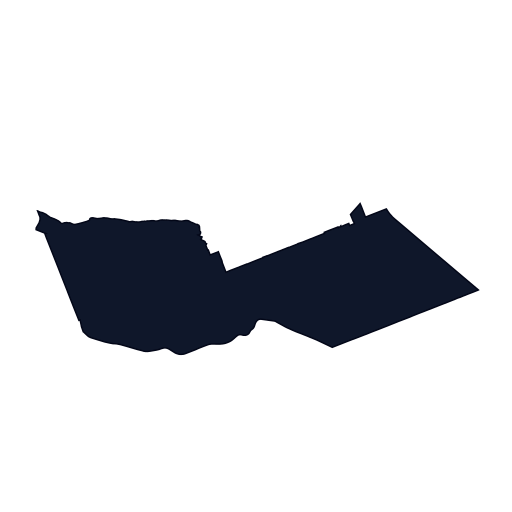 Marion, South Australia, Australia, rotated 72°
{"feature_id": "25037944B19747941889194", "entity_name": "Marion", "entity_type": "district", "adm_level": 2, "iso_a3": "AUS", "parent_name": "Australia", "parent_adm1": "South Australia", "projection": "albers", "projection_center": [138.529, -35.026], "detail": "fine", "context": "isolated", "style": "filled", "palette": "ink", "viewbox_px": 512, "rotation_deg": 72, "n_neighbors": 0, "source": "geoboundaries", "source_scale": "gbopen_adm2", "svg_char_len": 5997}
<svg xmlns="http://www.w3.org/2000/svg" viewBox="0 0 512 512"><g transform="rotate(72 256 256)"><path d="M209.2,300.8L208.7,301.2L208.4,301.6L208.3,301.8L207.9,302.0L207.7,302.2L207.5,303.0L207.3,303.4L206.3,304.4L204.9,305.9L204.0,307.0L203.6,307.6L202.7,308.3L202.1,308.8L201.4,309.7L201.1,310.2L200.5,311.9L199.9,316.0L199.5,316.9L199.1,318.0L198.1,320.1L197.2,321.7L196.8,322.9L196.6,323.5L196.5,324.0L196.4,324.3L196.3,324.9L196.3,325.2L196.1,325.6L195.8,326.3L195.4,327.1L194.6,328.8L194.4,329.5L194.0,330.2L193.9,331.0L193.5,331.9L193.1,333.2L192.7,334.0L192.3,335.9L192.3,337.9L192.1,339.5L191.8,340.5L191.5,341.2L191.0,342.0L190.6,342.9L190.1,344.6L189.7,346.5L189.0,348.8L189.0,350.2L188.9,350.5L188.5,351.1L188.4,351.4L188.4,352.1L187.9,353.6L187.8,354.6L187.8,355.3L187.6,356.4L187.2,357.8L186.7,358.9L186.6,359.2L186.7,359.6L186.3,360.1L186.1,360.7L185.7,361.3L185.3,362.1L185.0,362.6L184.8,363.0L184.5,365.2L184.3,365.9L183.9,366.8L183.6,366.8L182.5,368.6L182.1,369.4L181.6,370.1L181.2,370.8L180.7,371.6L179.7,373.3L179.3,374.1L178.9,374.9L178.5,375.8L177.6,377.7L177.2,378.6L176.8,379.3L176.7,380.2L176.4,381.0L176.1,381.9L175.7,382.8L174.6,384.6L174.1,385.5L173.7,386.3L173.4,387.2L172.7,388.8L172.5,389.6L172.4,390.5L172.3,391.5L172.1,392.3L172.0,392.9L171.8,393.7L171.6,394.6L171.4,395.4L171.0,396.2L170.6,396.9L170.2,397.7L169.7,398.5L169.3,399.3L169.0,400.2L168.9,401.1L168.9,401.7L169.0,401.9L169.1,402.2L169.4,402.6L169.8,402.8L170.2,403.0L170.5,403.6L170.7,404.4L170.7,405.2L170.8,406.0L170.8,407.0L170.7,409.2L170.7,410.3L170.6,412.3L170.5,413.2L170.5,414.3L170.4,415.3L170.1,418.2L169.9,418.8L169.7,419.6L169.3,420.0L168.8,420.7L167.6,422.0L167.1,422.5L166.8,423.1L166.6,424.0L166.2,424.8L165.7,425.6L165.5,426.5L165.4,427.2L165.2,427.9L165.2,428.6L165.3,429.2L165.3,429.7L165.1,430.4L164.8,431.0L164.4,431.5L163.9,431.7L163.3,431.9L162.7,432.3L162.1,432.7L161.4,433.2L160.8,433.9L160.2,434.4L159.0,435.7L158.4,436.3L157.9,437.0L156.9,438.2L156.4,438.8L156.0,439.5L155.4,440.0L155.0,440.4L154.6,440.6L154.1,440.9L153.5,441.5L152.9,441.9L152.1,442.4L151.4,442.9L150.1,444.3L149.4,445.0L148.8,445.7L148.3,446.5L148.0,447.1L147.5,447.8L147.0,448.4L146.4,449.0L145.7,449.6L145.6,449.8L147.3,449.7L150.2,449.6L151.0,449.5L152.0,449.4L152.5,449.5L152.9,449.6L153.3,449.7L154.0,449.9L154.6,450.1L157.4,452.0L159.3,454.1L161.4,456.4L163.0,457.0L169.7,448.9L169.7,449.9L171.8,449.8L174.5,449.7L175.7,449.6L198.3,448.2L206.3,447.7L215.0,447.2L231.3,446.2L231.9,446.2L247.1,445.3L262.5,444.3L262.5,443.0L263.4,443.2L264.8,443.3L265.9,443.4L268.6,443.7L269.1,443.8L269.6,443.8L274.7,443.7L275.0,443.4L275.8,443.0L278.0,441.8L279.8,440.8L280.9,440.1L281.6,439.4L282.7,438.2L286.8,432.4L287.9,430.8L290.9,426.5L293.4,422.3L295.2,419.0L295.6,417.8L296.4,415.8L298.4,412.2L302.0,406.8L304.0,403.9L308.5,397.3L310.8,393.6L311.9,392.0L312.7,390.3L313.1,389.0L313.3,388.5L313.8,385.8L314.4,381.7L314.6,380.2L314.7,379.5L314.9,377.0L314.8,374.7L314.9,373.1L314.9,372.5L315.2,371.0L315.9,369.5L316.8,368.3L317.9,367.2L319.5,365.9L323.2,362.8L324.0,361.9L324.8,360.8L325.6,359.6L326.1,358.5L326.5,357.2L326.8,355.9L326.9,355.5L326.9,355.3L327.0,354.8L327.0,353.2L326.4,342.6L326.0,338.9L325.7,333.9L325.6,331.6L325.5,328.6L325.6,327.3L325.9,325.7L327.1,322.0L328.6,317.5L329.2,314.8L329.5,312.6L329.5,310.5L329.3,307.9L329.0,306.2L328.5,304.6L327.7,302.6L326.7,300.4L325.9,298.3L325.6,297.1L325.8,295.6L326.3,294.4L327.4,292.6L328.1,290.7L328.2,289.5L328.1,288.4L327.7,287.1L327.1,286.2L326.0,285.1L325.1,284.0L324.1,281.4L323.3,280.2L322.2,279.2L320.9,278.3L319.3,277.0L318.2,275.7L317.5,274.3L317.2,273.0L317.3,272.1L317.4,271.4L317.7,270.6L318.9,268.1L320.0,265.8L321.3,263.2L321.9,261.9L323.5,258.6L324.1,257.7L325.6,256.4L327.4,254.7L329.4,252.8L332.1,250.3L332.6,249.8L333.9,248.5L335.4,246.8L337.7,244.3L340.5,241.1L344.2,236.5L345.8,234.6L348.5,231.3L349.7,230.0L351.0,228.4L354.5,224.3L359.1,219.4L366.4,211.7L365.8,201.8L365.5,197.1L365.1,189.9L365.1,188.7L364.7,181.2L364.5,178.0L364.4,175.4L364.3,173.9L364.0,169.9L363.6,162.3L363.3,157.4L363.0,152.1L362.7,148.1L362.7,147.8L362.5,144.8L362.3,142.0L362.2,140.9L362.1,138.3L361.6,128.6L361.5,127.6L361.3,125.6L361.0,121.0L360.8,118.0L360.6,113.8L358.7,82.0L358.7,81.2L358.3,77.4L358.3,74.4L358.0,71.1L357.9,68.8L357.8,67.9L357.6,64.6L357.4,60.4L357.2,57.7L357.1,55.6L357.0,55.0L343.3,63.5L321.6,76.9L318.8,78.6L318.7,78.7L309.5,84.4L271.5,107.8L264.1,112.4L261.9,113.7L260.8,114.3L259.7,114.7L257.3,115.8L254.6,116.7L251.8,117.4L251.5,117.5L252.5,134.6L252.7,137.9L252.7,138.1L252.8,139.9L241.5,140.5L238.3,140.8L238.7,141.4L239.0,141.9L240.3,144.1L241.7,146.5L242.3,147.5L243.1,148.9L245.7,153.3L251.1,152.9L252.8,152.8L253.9,152.5L255.6,152.4L255.8,154.9L255.8,155.3L256.0,157.6L253.7,157.7L254.0,162.0L254.3,164.7L254.3,164.9L254.4,166.0L253.5,166.0L254.1,167.0L254.3,167.4L254.6,169.0L253.7,169.0L253.9,171.8L253.9,172.2L254.2,177.7L254.2,178.1L254.6,183.8L255.7,183.8L255.8,186.2L256.0,189.1L256.2,192.3L256.5,196.3L256.6,197.8L256.6,198.9L257.2,207.1L257.2,212.1L257.4,212.1L257.5,212.9L257.5,213.4L257.7,216.4L257.8,218.1L258.1,222.2L257.9,222.3L258.0,224.6L258.1,225.0L258.3,229.2L258.4,229.6L258.6,234.3L258.7,234.9L259.1,241.4L259.2,242.5L259.4,245.8L259.2,245.8L259.3,247.1L259.4,249.8L259.8,249.8L260.3,257.9L260.5,260.8L261.0,267.5L260.8,267.5L261.6,280.7L261.8,284.9L262.2,289.6L258.4,289.8L254.6,290.0L252.9,290.1L251.0,290.1L250.7,289.9L249.4,289.9L245.7,290.2L240.3,290.5L240.4,291.1L240.7,297.1L240.8,299.3L235.6,299.5L235.6,300.1L230.8,300.4L230.5,300.5L229.1,299.2L228.3,300.0L226.5,300.1L226.3,300.3L226.0,300.5L224.2,302.4L223.1,303.5L222.1,302.5L222.3,302.3L221.9,301.9L221.6,302.1L221.1,301.5L220.8,301.8L220.7,302.1L220.6,302.3L220.6,302.7L220.3,302.8L219.9,302.9L219.7,303.0L218.1,304.6L218.1,304.0L218.0,302.5L217.7,302.0L217.3,301.8L216.5,301.4L216.0,301.3L215.6,301.4L214.5,301.8L212.8,301.2L212.1,301.1L211.2,301.3L211.0,300.7L209.2,300.8Z" fill="#0f172a" stroke="#020617" stroke-width="1.5"/></g></svg>